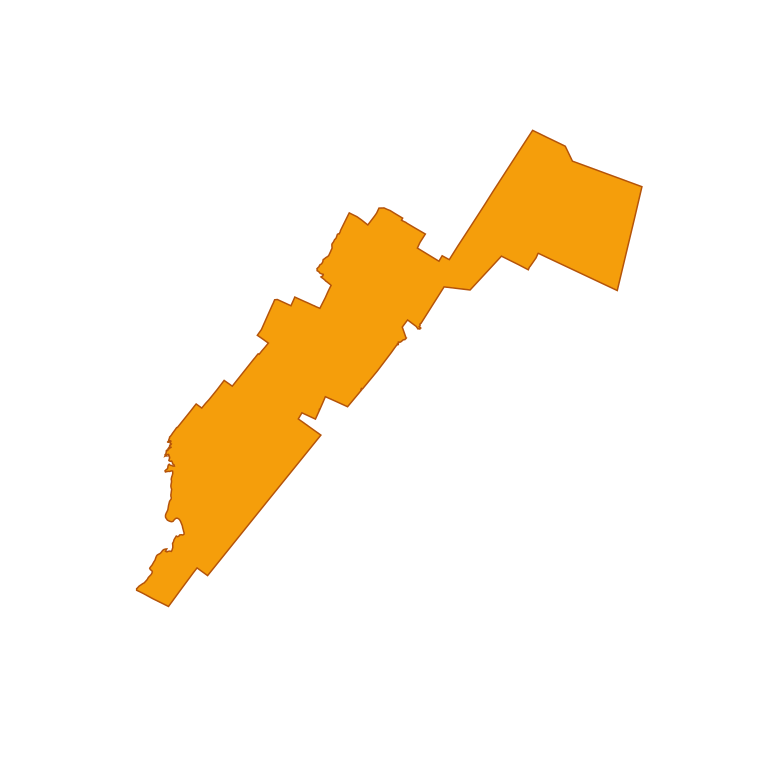 Tulumba, Córdoba, Argentina (Equal Earth projection), rotated 115°
{"feature_id": "61730980B98199782535920", "entity_name": "Tulumba", "entity_type": "district", "adm_level": 2, "iso_a3": "ARG", "parent_name": "Argentina", "parent_adm1": "Córdoba", "projection": "equal_earth", "projection_center": [-63.376, -30.11], "detail": "fine", "context": "isolated", "style": "filled", "palette": "amber", "viewbox_px": 768, "rotation_deg": 115, "n_neighbors": 0, "source": "geoboundaries", "source_scale": "gbopen_adm2", "svg_char_len": 5843}
<svg xmlns="http://www.w3.org/2000/svg" viewBox="0 0 768 768"><g transform="rotate(115 384 384)"><path d="M126.9,227.2L96.2,233.6L102.4,307.4L91.9,320.2L91.6,341.4L91.3,356.5L115.3,359.9L163.5,366.6L179.3,368.6L207.5,372.5L227.8,375.4L243.7,377.4L243.2,385.5L249.5,386.1L246.7,411.2L240.5,411.2L230.6,409.9L230.0,416.6L229.4,423.3L228.6,431.2L228.3,432.5L228.3,434.7L228.2,437.3L225.8,437.2L224.9,445.9L224.2,451.7L224.4,455.1L224.4,458.3L226.7,462.9L232.2,462.9L235.7,463.5L246.7,465.9L244.8,473.7L243.8,479.2L243.7,484.6L243.6,487.8L245.8,487.9L263.6,488.3L264.3,488.0L266.1,488.1L266.8,488.0L267.2,488.9L268.1,489.5L269.8,489.3L271.8,489.1L273.0,489.3L273.9,489.8L275.4,489.8L277.1,489.9L278.5,490.3L279.6,490.2L281.2,489.4L282.4,488.7L283.2,488.4L284.8,488.5L286.1,488.4L288.9,488.4L290.8,488.4L292.3,488.9L293.2,489.6L294.5,490.4L295.8,490.9L296.8,491.7L298.2,491.4L299.0,491.1L301.0,491.3L301.6,491.4L302.3,491.9L302.8,492.4L303.5,492.4L304.1,492.6L304.8,492.4L307.8,493.5L308.2,493.1L309.1,492.8L309.6,492.5L309.7,490.6L310.2,489.8L310.6,488.9L310.6,488.0L310.5,486.5L310.3,485.4L310.8,485.1L311.5,485.3L312.1,485.2L312.6,485.5L312.9,486.0L313.6,486.4L313.8,485.7L314.2,483.7L314.9,481.2L315.3,480.5L315.4,479.5L315.6,478.7L316.1,476.6L316.7,474.3L317.0,473.6L318.7,473.7L322.8,473.8L324.8,473.8L330.7,473.7L342.5,474.1L342.7,478.2L342.6,480.5L342.7,480.9L342.7,483.8L342.7,487.4L342.8,490.4L342.9,501.6L344.8,501.5L352.4,501.4L352.5,516.4L353.9,518.7L356.8,518.6L357.4,518.5L358.8,518.6L371.5,518.4L386.4,518.1L393.4,519.4L393.8,517.0L394.5,513.0L395.8,506.1L401.7,507.6L405.5,508.7L409.8,509.7L409.8,510.8L411.9,511.4L415.0,512.1L416.3,512.5L418.8,513.1L450.1,520.6L448.3,530.4L459.8,532.9L472.2,536.0L476.9,537.5L482.8,539.0L481.5,545.8L483.8,546.4L490.0,547.8L510.8,552.9L511.1,553.5L513.9,554.0L518.8,555.0L519.1,554.9L521.7,555.5L522.7,555.9L522.8,555.9L523.2,555.7L524.1,555.4L524.9,555.6L525.5,555.4L526.1,555.3L526.4,555.3L526.8,555.2L527.1,555.2L527.5,555.4L527.8,555.6L528.0,555.6L528.1,555.4L527.9,554.7L527.6,554.4L527.4,554.3L527.1,554.4L526.8,554.3L526.3,554.4L526.1,554.4L526.0,554.2L525.8,553.9L525.7,553.2L525.8,553.0L526.0,552.9L526.8,552.9L527.1,553.0L527.5,553.0L527.8,552.9L527.9,552.7L528.2,552.0L528.2,551.8L528.2,551.4L528.6,551.4L528.9,551.7L529.0,551.7L529.3,551.6L529.5,551.7L529.5,552.1L529.9,552.0L530.2,552.1L530.4,552.2L530.6,552.2L531.0,552.0L531.6,551.9L531.8,551.6L531.6,551.4L531.5,551.1L531.7,550.9L531.4,550.7L531.3,550.3L531.4,550.2L531.6,550.3L532.6,551.1L532.8,551.2L533.0,551.3L533.2,551.6L533.3,552.0L533.2,552.2L533.3,552.2L533.8,552.3L533.8,552.2L533.6,551.9L533.6,551.7L533.9,551.6L534.2,552.0L534.7,552.2L535.2,552.2L535.5,551.9L535.7,552.0L535.9,552.1L535.9,552.3L535.9,552.5L535.6,552.6L535.9,553.0L536.2,553.1L536.7,553.0L537.5,552.7L537.9,552.5L538.3,552.5L539.2,552.2L539.7,552.3L540.3,552.5L540.4,552.2L540.6,552.1L541.1,552.3L541.7,552.0L542.0,552.0L541.3,551.4L541.2,551.2L541.1,550.7L540.8,551.1L540.5,551.0L540.1,550.7L539.6,550.6L539.5,550.4L539.5,550.2L539.4,550.2L539.0,549.9L538.9,549.7L539.0,549.4L539.2,549.5L539.3,549.5L539.5,549.2L539.8,549.0L539.9,548.9L539.7,548.6L539.8,548.5L539.9,548.4L540.1,548.3L540.5,548.1L541.0,547.6L540.9,547.4L541.6,547.0L543.0,546.9L544.3,546.6L544.4,545.1L543.6,543.9L544.5,542.7L545.7,541.7L546.0,540.2L547.0,539.3L547.6,540.5L547.6,542.0L548.0,543.3L547.5,544.8L548.6,545.2L550.0,545.0L551.4,544.5L552.7,544.6L553.9,545.3L555.3,545.8L556.1,544.9L555.2,543.8L554.3,542.5L553.8,541.2L552.7,540.2L552.3,538.8L553.6,538.0L554.9,537.5L556.9,537.2L557.5,537.2L558.7,537.0L560.3,536.6L561.5,535.7L562.8,535.1L564.1,534.8L565.6,534.4L566.8,533.9L568.1,533.0L569.1,532.0L573.9,530.5L574.4,530.4L575.8,529.7L576.8,528.8L578.2,528.3L580.9,528.8L585.0,528.0L589.1,526.8L591.0,526.7L592.7,526.8L594.7,526.7L596.0,526.3L597.3,525.5L598.9,522.8L599.0,521.1L598.9,519.6L598.5,518.1L597.5,517.1L596.3,516.9L594.8,516.4L593.5,515.7L592.9,514.3L593.1,512.7L593.8,511.3L594.7,510.1L597.8,506.8L599.0,506.0L601.5,503.9L602.4,503.2L603.4,502.2L604.8,501.8L605.9,502.6L606.3,504.1L607.2,505.4L608.5,505.6L609.6,506.4L609.6,508.0L613.6,508.5L616.3,508.1L617.8,508.3L620.0,507.0L621.5,506.3L624.3,505.9L625.6,506.0L626.0,507.6L627.0,509.1L627.9,509.7L628.0,511.3L625.3,511.2L626.1,512.5L627.1,513.6L628.4,514.3L630.0,514.6L631.2,514.9L632.4,515.4L633.6,516.4L634.8,517.2L636.1,517.5L638.1,517.4L640.4,517.1L642.3,517.4L645.2,517.6L646.2,517.7L648.6,518.3L650.0,518.5L651.0,517.3L651.3,515.6L652.1,514.6L653.6,514.4L655.0,514.5L658.9,515.8L661.4,516.0L665.6,517.3L666.9,518.3L670.8,520.6L673.2,521.3L674.0,521.7L675.5,521.0L675.5,517.7L675.6,514.0L676.3,502.8L676.7,485.3L656.5,481.3L635.9,477.1L629.7,475.7L632.2,462.9L541.4,440.6L457.0,419.6L451.9,446.9L444.8,446.2L444.8,431.3L435.3,431.4L434.8,431.7L434.3,431.8L434.3,431.4L429.9,431.5L425.7,431.6L420.3,431.8L420.1,421.4L420.0,407.4L399.2,401.9L399.1,402.5L397.6,402.6L397.6,401.4L374.9,395.5L370.2,394.5L352.6,390.7L346.6,389.6L343.3,388.9L343.0,388.7L342.5,387.9L342.2,387.7L342.0,387.8L341.9,387.9L341.8,388.2L341.7,388.6L341.2,388.2L340.8,388.2L340.7,388.2L340.6,388.3L340.5,388.1L340.3,388.1L340.2,388.1L340.2,388.3L340.0,388.5L339.9,388.6L339.7,388.3L339.6,388.1L339.6,387.9L339.5,387.6L339.4,387.3L339.2,387.0L338.9,386.7L337.7,386.0L337.2,385.9L336.8,385.7L335.8,385.2L334.9,383.8L334.0,383.6L333.8,383.4L332.9,383.2L332.9,383.5L324.7,391.5L316.0,389.7L318.2,379.2L319.7,376.5L319.3,376.3L319.2,375.2L319.0,374.7L318.1,374.7L317.7,374.4L317.5,375.0L317.6,375.6L317.4,376.0L317.1,376.4L316.6,376.1L315.9,376.0L315.2,376.3L314.7,376.8L313.6,376.4L313.4,376.1L270.6,370.6L262.4,345.7L218.5,331.6L219.0,312.3L219.5,301.5L216.6,301.6L215.8,301.3L205.5,299.5L200.5,299.6L200.4,299.5L200.3,299.2L200.4,290.7L200.7,213.3L200.7,212.1L126.9,227.2Z" fill="#f59e0b" stroke="#b45309" stroke-width="1.5"/></g></svg>